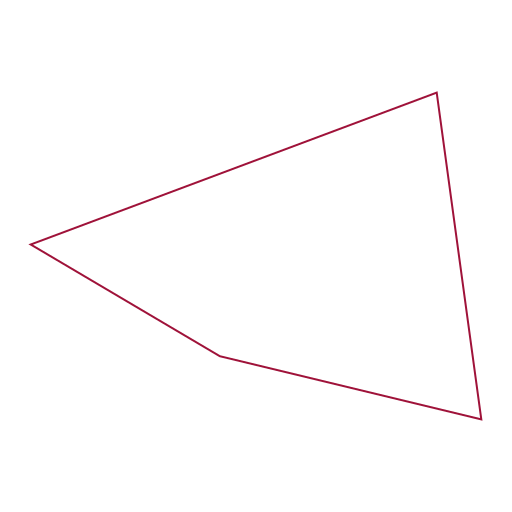 the border of Ijuw
{"feature_id": "NRU-4980", "entity_name": "Ijuw", "entity_type": "state/province", "adm_level": 1, "iso_a3": "NRU", "parent_name": "Nauru", "parent_adm1": "", "projection": "mercator", "projection_center": [166.951, -0.505], "detail": "fine", "context": "isolated", "style": "outline", "palette": "rose", "viewbox_px": 512, "rotation_deg": 0, "n_neighbors": 0, "source": "natural_earth", "source_scale": "10m", "svg_char_len": 184}
<svg xmlns="http://www.w3.org/2000/svg" viewBox="0 0 512 512"><path d="M436.7,92.6L481.3,419.4L219.8,356.2L30.7,244.5L436.7,92.6Z" fill="none" stroke="#9f1239" stroke-width="2"/></svg>